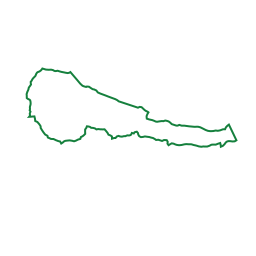 Rongo, Nyanza, Kenya, rotated 288°
{"feature_id": "3690345B66015009568744", "entity_name": "Rongo", "entity_type": "district", "adm_level": 2, "iso_a3": "KEN", "parent_name": "Kenya", "parent_adm1": "Nyanza", "projection": "orthographic", "projection_center": [34.594, -0.817], "detail": "fine", "context": "isolated", "style": "outline", "palette": "green", "viewbox_px": 256, "rotation_deg": 288, "n_neighbors": 0, "source": "geoboundaries", "source_scale": "gbopen_adm2", "svg_char_len": 3289}
<svg xmlns="http://www.w3.org/2000/svg" viewBox="0 0 256 256"><g transform="rotate(288 128 128)"><path d="M149.8,234.9L162.4,222.9L160.8,221.8L158.8,220.9L156.8,220.7L156.1,218.7L154.2,216.3L153.1,214.3L152.7,212.2L151.4,209.9L150.4,207.2L150.0,204.9L150.1,202.5L150.6,199.4L151.0,196.6L150.9,194.6L150.7,193.7L150.4,192.9L149.6,190.6L149.1,188.3L148.5,185.7L148.0,182.9L147.6,180.7L146.8,178.4L146.8,175.8L145.7,174.6L145.2,173.1L145.2,170.7L145.2,168.4L146.2,166.4L146.8,164.6L146.8,162.7L146.6,161.1L145.4,159.5L145.1,158.1L144.0,155.8L142.9,153.7L142.7,152.3L142.9,150.7L143.0,148.6L142.7,145.7L142.7,143.0L144.4,142.2L145.5,142.0L147.4,142.2L149.2,142.6L149.5,141.8L149.6,141.1L149.8,139.7L150.2,138.3L151.1,136.4L152.0,134.5L151.7,132.6L150.4,131.2L150.5,110.8L151.1,109.4L151.5,107.1L151.8,99.5L152.0,96.2L152.2,91.1L152.5,88.3L153.9,86.3L154.2,83.9L154.0,82.3L154.5,80.4L155.2,78.1L154.7,76.0L154.1,75.5L154.0,73.4L154.1,71.7L155.4,68.9L156.9,66.5L157.9,64.9L163.4,55.9L162.5,55.2L161.6,53.7L161.3,51.7L161.1,49.8L160.8,47.5L160.7,45.6L160.7,43.4L159.8,41.7L159.6,41.0L159.6,40.1L159.9,38.7L159.7,36.8L158.9,34.7L158.2,31.9L158.1,28.2L157.4,28.0L155.9,27.4L154.5,26.4L153.9,25.7L153.1,24.7L152.3,24.3L151.2,24.0L149.8,23.9L149.2,23.9L148.6,23.7L147.4,23.1L146.8,22.8L146.2,22.5L144.8,22.0L143.0,21.7L142.5,21.5L141.8,21.2L140.3,21.8L139.4,22.3L137.9,21.9L136.5,21.4L135.7,21.2L135.2,21.2L133.8,21.4L132.1,21.2L131.4,21.1L130.8,21.1L128.9,21.1L127.5,21.7L126.6,22.0L125.2,22.5L124.9,23.3L124.7,24.1L124.5,25.6L124.1,26.4L122.8,27.2L121.3,27.8L120.0,28.1L119.1,28.1L117.6,28.2L116.1,28.8L115.4,29.0L114.5,29.0L113.4,30.2L111.4,30.1L109.5,31.0L108.1,30.5L108.4,31.2L108.7,32.1L109.4,33.6L110.1,35.4L108.0,36.7L106.0,37.6L105.7,40.0L104.3,42.3L103.3,43.6L102.9,44.1L102.3,44.5L101.1,44.9L99.7,46.5L98.0,48.6L96.2,51.2L95.7,53.8L94.2,54.7L94.0,56.7L93.8,58.2L94.5,60.5L94.2,62.9L94.1,63.6L94.1,64.3L94.0,65.7L94.2,67.6L92.6,69.3L94.1,70.5L95.5,71.3L96.0,71.8L96.5,72.5L97.2,74.0L98.2,76.3L98.6,78.9L98.7,80.8L99.8,82.3L101.5,84.0L102.9,86.0L104.8,86.0L106.2,87.4L107.6,88.3L109.2,89.1L111.4,88.3L113.4,87.7L115.1,88.3L116.9,88.4L117.2,89.8L117.3,91.4L116.8,92.9L117.3,94.8L117.4,96.7L116.9,98.4L117.8,100.0L118.2,102.1L118.9,104.5L119.5,106.1L118.4,108.0L117.0,110.1L115.6,111.5L115.5,113.6L115.0,115.3L112.9,116.1L114.1,117.7L114.6,119.2L116.5,120.0L117.6,121.5L117.5,123.1L117.9,124.9L119.0,126.7L119.4,128.0L120.8,129.6L121.2,131.3L122.1,132.7L123.5,133.1L124.5,133.2L124.6,135.2L126.0,135.6L126.4,136.2L127.2,137.5L126.3,139.0L124.9,139.8L123.7,141.2L123.3,143.1L124.2,145.1L125.2,146.7L125.6,149.0L126.0,151.1L126.0,152.8L126.2,154.9L125.8,156.9L125.3,158.4L126.2,160.5L126.2,162.3L126.2,164.4L127.7,166.0L128.2,167.8L128.4,168.6L127.2,170.0L125.3,170.4L124.2,171.9L125.6,173.1L126.9,174.3L127.2,176.3L127.0,177.9L127.0,179.6L127.4,181.9L128.4,184.2L129.8,186.5L130.7,188.4L131.2,190.4L132.1,193.4L132.1,195.7L132.3,197.4L132.4,198.9L132.4,201.0L132.8,203.5L133.7,205.3L134.2,207.1L134.8,209.0L136.3,211.0L137.8,212.4L138.0,212.8L138.4,213.7L138.8,214.9L139.3,216.6L140.8,218.4L142.2,220.3L140.7,221.3L138.9,222.1L140.3,223.7L142.4,224.8L144.0,225.3L145.4,226.0L146.5,227.4L147.0,228.9L147.5,231.6L148.3,233.6L149.8,234.9Z" fill="none" stroke="#15803d" stroke-width="2"/></g></svg>